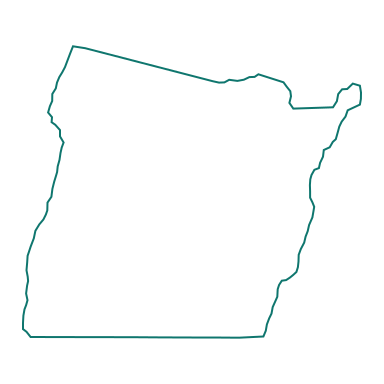 outline of Itapitanga, Bahia, Brazil
{"feature_id": "56859067B28252352486824", "entity_name": "Itapitanga", "entity_type": "district", "adm_level": 2, "iso_a3": "BRA", "parent_name": "Brazil", "parent_adm1": "Bahia", "projection": "natural_earth1", "projection_center": [-39.607, -14.466], "detail": "fine", "context": "isolated", "style": "outline", "palette": "teal", "viewbox_px": 384, "rotation_deg": 0, "n_neighbors": 0, "source": "geoboundaries", "source_scale": "gbopen_adm2", "svg_char_len": 1578}
<svg xmlns="http://www.w3.org/2000/svg" viewBox="0 0 384 384"><path d="M73.0,46.3L70.1,53.6L67.0,61.8L65.0,67.1L62.2,72.4L59.3,77.1L57.0,82.6L55.8,88.4L52.3,94.0L52.2,101.0L49.9,106.2L48.1,112.5L52.0,117.2L51.6,122.2L55.3,124.8L60.0,130.1L60.0,136.4L63.6,142.5L61.7,147.6L60.5,153.0L59.5,159.9L57.7,166.4L57.1,172.1L55.8,176.5L54.2,181.7L52.4,188.9L51.4,196.8L47.5,202.6L47.3,210.4L45.9,214.5L43.4,219.5L39.3,224.4L35.4,230.8L33.8,238.4L30.7,246.5L29.0,251.7L27.6,255.8L27.2,262.2L26.5,270.3L27.7,276.7L28.1,281.1L27.1,285.6L26.1,293.5L27.5,300.2L26.1,305.2L24.5,309.3L23.4,315.6L23.0,322.9L23.0,329.1L26.5,331.8L30.6,337.0L75.4,337.1L133.4,337.2L162.2,337.4L191.6,337.5L212.2,337.5L239.0,337.7L263.4,336.5L265.8,330.7L266.9,324.4L269.2,318.3L271.5,313.6L272.7,307.1L277.3,296.8L277.7,289.2L279.1,284.9L281.8,280.7L286.1,280.1L289.9,277.6L293.0,275.1L296.4,272.0L297.9,267.2L298.5,261.5L298.7,254.8L300.8,249.1L304.2,242.6L305.6,236.6L307.7,231.2L309.1,225.0L312.4,217.4L313.4,211.6L314.2,206.8L312.4,202.3L310.1,197.7L310.1,191.3L309.9,185.1L310.3,179.3L311.5,175.0L314.4,169.8L318.9,168.1L320.1,162.8L323.0,156.7L323.8,150.0L329.7,147.3L332.8,141.9L335.8,139.2L337.7,132.5L339.3,126.6L341.7,121.6L345.5,116.6L347.7,110.3L359.9,104.6L360.9,98.9L361.0,92.5L359.9,85.7L352.8,83.6L347.2,89.0L342.1,89.3L338.2,94.1L336.9,101.2L333.0,107.3L293.3,108.6L289.4,102.9L291.0,96.3L290.3,91.2L286.7,86.7L283.5,82.3L258.4,74.3L254.6,76.9L249.4,77.1L243.9,79.7L237.4,80.9L229.2,79.8L224.4,82.4L219.0,82.6L212.7,81.2L85.2,48.2L73.0,46.3Z" fill="none" stroke="#0f766e" stroke-width="2"/></svg>